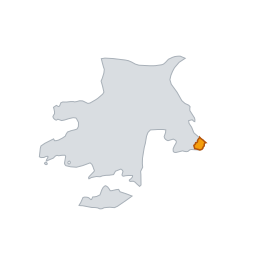 location of Astara District, Astara, Azerbaijan, rotated 313°
{"feature_id": "54616110B5213879595332", "entity_name": "Astara District", "entity_type": "district", "adm_level": 2, "iso_a3": "AZE", "parent_name": "Azerbaijan", "parent_adm1": "Astara", "projection": "robinson", "projection_center": [48.695, 38.514], "detail": "fine", "context": "in_parent", "style": "filled", "palette": "amber", "viewbox_px": 256, "rotation_deg": 313, "n_neighbors": 0, "source": "geoboundaries", "source_scale": "gbopen_adm2", "svg_char_len": 4054}
<svg xmlns="http://www.w3.org/2000/svg" viewBox="0 0 256 256"><g transform="rotate(313 128 128)"><path d="M170.0,194.8L169.1,194.8L162.5,196.3L161.1,195.8L155.4,188.9L154.2,188.1L151.8,187.8L150.4,186.7L149.2,184.9L148.5,183.5L142.7,179.7L141.8,178.4L141.7,177.2L142.6,176.1L143.6,175.2L146.4,174.2L149.8,173.4L150.8,172.9L151.4,171.9L151.3,170.3L150.8,168.7L146.0,165.9L145.5,164.6L145.3,163.1L145.6,161.5L146.4,160.3L150.3,158.6L152.4,156.9L151.1,155.0L146.9,150.5L141.9,145.7L138.5,145.6L134.7,147.1L128.5,151.2L125.1,153.0L120.7,155.9L115.8,159.2L111.8,162.7L109.3,165.5L104.9,166.8L102.7,169.2L95.2,176.4L93.2,176.3L93.1,172.7L93.2,169.9L92.7,168.2L90.4,166.0L90.3,165.0L91.0,164.4L92.8,164.8L95.2,164.7L96.3,163.8L93.8,160.9L91.6,158.9L89.7,157.6L89.3,156.8L89.3,156.2L89.7,155.5L92.9,153.9L93.3,152.4L93.1,150.8L87.9,148.3L84.1,149.2L80.7,146.5L78.5,144.3L75.7,142.0L73.3,140.8L70.9,137.9L66.8,135.0L64.2,134.1L64.3,133.7L64.7,133.1L65.9,132.7L73.2,132.8L74.1,132.3L74.6,131.0L75.6,129.2L76.8,126.4L76.7,124.1L69.4,120.4L64.1,117.0L60.5,112.5L58.1,108.3L58.2,106.9L58.9,105.6L64.7,101.8L65.1,100.8L64.9,100.2L62.9,98.2L60.4,96.2L59.6,94.7L58.0,94.0L55.0,93.9L49.7,91.5L48.5,91.2L48.3,90.7L48.6,90.3L52.4,89.3L52.4,88.4L51.2,87.4L49.1,86.6L47.1,84.6L46.5,82.8L53.4,77.7L55.5,76.6L60.0,77.6L69.3,81.0L68.6,82.9L69.6,84.0L71.7,85.4L75.8,86.9L79.3,87.7L81.1,87.0L83.8,86.5L87.2,88.2L90.4,90.3L92.0,91.2L92.9,91.4L95.3,90.7L98.3,88.0L99.5,84.6L99.8,83.0L98.1,80.8L94.6,78.4L90.7,76.2L88.2,74.4L86.6,70.7L85.0,70.3L84.6,69.8L84.3,68.5L84.4,66.8L85.0,65.4L86.6,64.8L88.2,64.6L89.7,63.3L91.5,60.8L92.3,59.4L95.7,60.2L96.2,62.5L96.8,62.9L98.2,62.7L100.6,61.7L102.5,62.5L104.9,65.2L108.2,68.0L110.0,69.9L110.7,71.2L112.4,72.5L114.9,74.0L116.9,76.4L118.6,81.9L120.4,83.2L126.9,85.2L129.2,85.7L135.5,86.4L137.8,85.9L141.1,81.1L144.0,76.3L146.8,75.3L151.7,72.9L154.7,70.7L156.0,68.3L158.8,63.8L160.5,61.2L163.4,63.5L168.5,69.6L175.8,79.6L177.5,82.4L178.7,85.7L179.7,89.7L181.4,93.2L188.8,102.0L192.0,105.3L197.2,109.5L199.0,110.4L201.5,110.7L205.9,110.7L210.1,112.4L212.1,113.5L214.2,115.2L216.1,117.1L218.0,122.3L210.9,120.6L203.7,120.9L199.6,122.0L195.7,123.5L191.9,125.7L189.5,129.8L187.6,139.5L184.7,148.7L184.8,152.9L186.1,156.9L185.9,158.9L184.6,159.7L182.9,161.4L180.7,169.8L179.6,171.4L178.2,172.5L177.8,171.5L177.8,169.3L174.7,167.3L173.0,169.5L171.9,174.1L169.6,179.0L169.4,179.9L170.0,194.8ZM63.7,109.2L64.0,107.9L63.1,107.3L62.2,107.3L61.3,107.9L61.3,109.5L62.5,109.8L63.7,109.2ZM39.5,147.0L38.4,145.7L38.0,144.9L41.2,144.3L46.5,142.5L47.9,143.4L49.4,145.2L50.2,146.8L50.3,149.7L50.9,150.1L53.5,149.2L54.6,150.3L56.6,151.8L60.0,153.1L65.0,151.0L67.5,150.4L69.5,150.5L70.6,151.1L71.0,153.4L70.5,156.2L70.0,157.7L71.0,158.8L75.0,161.5L76.7,163.0L75.9,165.6L78.8,171.9L79.8,174.4L81.0,177.4L74.8,176.2L63.6,173.7L60.5,172.4L57.7,168.8L55.9,167.1L53.4,164.9L51.3,164.1L49.7,162.6L48.9,160.3L47.5,158.3L45.3,155.9L40.2,147.8L39.5,147.0ZM47.0,93.1L46.3,93.6L45.3,93.1L45.0,92.1L45.1,91.1L46.1,90.8L47.0,91.1L47.2,92.1L47.0,93.1Z" fill="#d9dde1" stroke="#a8b0b8" stroke-width="1"/><path d="M163.4,187.5L163.1,187.6L162.7,187.8L162.4,188.0L162.0,188.2L161.5,188.2L160.9,188.1L160.4,188.0L160.1,188.1L159.9,188.5L159.7,188.7L159.5,189.0L159.3,189.3L159.2,189.7L159.0,190.0L158.7,190.3L158.5,190.7L158.4,190.9L158.4,191.0L158.8,191.4L159.0,191.8L159.2,192.1L159.4,192.4L159.6,192.8L159.7,193.1L159.9,193.5L160.2,193.9L160.4,194.3L160.8,195.3L161.1,195.6L161.4,195.8L162.0,196.1L162.4,196.4L162.9,196.6L163.5,196.6L164.1,196.6L164.5,196.4L164.8,196.2L165.0,196.0L165.5,196.0L166.0,196.0L166.5,196.0L167.0,195.8L167.2,195.7L167.5,195.4L167.8,195.1L168.0,194.9L168.4,194.7L168.7,194.5L169.1,194.4L169.5,194.4L169.9,194.5L170.1,194.5L170.4,194.8L170.4,194.4L170.3,193.2L170.3,192.4L170.4,191.3L170.3,190.5L170.1,189.4L170.0,188.4L170.1,187.4L170.1,186.9L170.0,187.0L169.7,187.0L169.2,187.0L168.5,187.0L168.0,187.0L167.0,187.2L166.2,187.4L165.7,188.0L164.8,188.3L164.2,188.2L163.6,187.8L163.4,187.5Z" fill="#f59e0b" stroke="#b45309" stroke-width="1.5"/></g></svg>